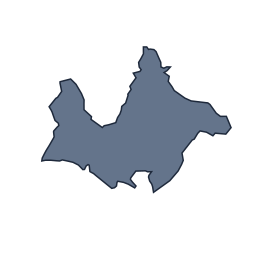 outline of Dakoro, Maradi, Niger, rotated 217°
{"feature_id": "23599985B7432037800977", "entity_name": "Dakoro", "entity_type": "district", "adm_level": 2, "iso_a3": "NER", "parent_name": "Niger", "parent_adm1": "Maradi", "projection": "orthographic", "projection_center": [7.096, 14.397], "detail": "fine", "context": "isolated", "style": "filled", "palette": "slate", "viewbox_px": 256, "rotation_deg": 217, "n_neighbors": 0, "source": "geoboundaries", "source_scale": "gbopen_adm2", "svg_char_len": 1653}
<svg xmlns="http://www.w3.org/2000/svg" viewBox="0 0 256 256"><g transform="rotate(217 128 128)"><path d="M63.3,131.2L64.4,135.4L69.8,140.5L69.5,157.0L68.4,159.0L69.1,165.6L68.7,169.0L62.8,171.9L55.5,172.9L55.3,176.3L46.2,182.0L45.9,190.3L56.5,196.5L61.2,192.9L66.4,192.9L76.7,196.1L79.3,196.1L91.3,189.1L93.9,187.6L100.5,186.1L113.6,185.7L117.6,187.4L123.9,189.4L126.2,194.1L132.6,194.0L131.3,197.4L130.9,202.2L133.8,200.2L135.4,197.3L138.4,196.6L141.4,200.2L145.6,202.5L151.6,205.9L154.5,206.2L157.9,204.3L158.9,203.1L161.8,204.0L164.5,202.0L160.3,196.5L159.4,190.9L159.0,186.8L155.7,183.4L152.6,182.5L152.5,180.4L156.8,175.0L151.8,172.9L151.6,162.4L148.7,160.6L148.5,154.9L147.6,154.1L144.9,146.5L146.0,141.5L144.1,138.2L142.9,134.4L142.6,130.1L141.0,124.9L145.4,118.9L148.4,115.5L148.8,112.9L162.7,112.6L164.0,115.1L174.1,116.1L177.7,120.8L180.0,124.0L185.9,127.5L195.8,131.6L203.3,132.6L210.1,124.1L209.4,123.0L203.0,117.3L202.7,110.1L203.5,108.2L203.8,97.5L200.3,96.1L198.3,95.1L194.6,92.6L190.8,90.1L186.5,89.9L184.7,88.2L185.1,86.2L185.5,81.0L185.2,80.2L181.7,76.5L181.4,75.0L180.4,67.0L179.8,60.6L179.2,56.8L178.4,52.4L177.0,49.8L174.5,52.6L170.4,55.7L165.4,58.8L162.8,60.5L161.2,63.0L155.6,65.6L151.3,67.5L145.3,68.6L139.0,67.6L137.8,68.7L138.6,72.5L137.9,74.7L136.6,74.9L132.2,70.3L131.3,70.4L128.1,70.9L124.4,70.7L104.7,70.0L102.8,72.2L102.3,74.8L104.1,78.0L104.1,79.3L98.9,81.9L94.0,83.3L86.6,84.2L86.7,86.5L92.0,87.5L95.1,88.4L95.8,89.8L95.8,98.3L88.3,104.3L86.0,104.8L82.9,107.3L82.8,102.8L82.1,101.2L78.8,98.7L75.3,97.5L73.0,95.9L68.9,92.0L62.9,111.1L62.1,123.8L63.3,131.2Z" fill="#64748b" stroke="#1e293b" stroke-width="1.5"/></g></svg>